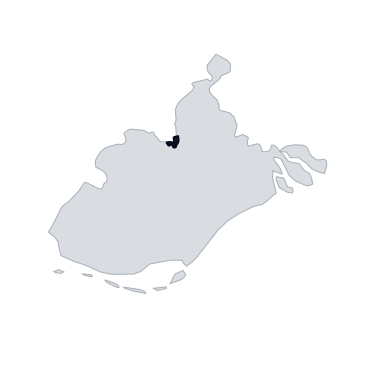 Berg en Dal, Gelderland, Netherlands shown in context, rotated 207°
{"feature_id": "6326949B49757096528968", "entity_name": "Berg en Dal", "entity_type": "district", "adm_level": 2, "iso_a3": "NLD", "parent_name": "Netherlands", "parent_adm1": "Gelderland", "projection": "mercator", "projection_center": [5.939, 51.811], "detail": "fine", "context": "in_parent", "style": "filled", "palette": "ink", "viewbox_px": 384, "rotation_deg": 207, "n_neighbors": 0, "source": "geoboundaries", "source_scale": "gbopen_adm2", "svg_char_len": 5296}
<svg xmlns="http://www.w3.org/2000/svg" viewBox="0 0 384 384"><g transform="rotate(207 192 192)"><path d="M233.1,325.7L227.3,325.6L221.9,325.4L219.0,324.9L215.9,323.6L214.5,320.7L212.9,317.3L213.3,315.3L218.4,309.3L219.2,307.7L218.6,306.8L219.1,304.2L223.0,295.4L223.6,291.8L221.8,289.3L219.3,287.8L211.1,285.2L207.2,281.5L205.4,278.2L203.6,277.3L200.9,278.4L194.1,279.6L188.6,277.8L182.1,271.7L180.6,266.2L179.8,261.9L178.2,260.5L176.0,262.7L173.2,266.1L167.7,266.5L166.2,265.7L165.9,263.8L165.6,262.0L164.1,259.7L162.5,258.5L155.5,264.8L153.0,264.8L149.7,262.4L148.1,260.0L144.5,261.3L141.3,264.3L142.4,269.8L140.7,270.8L136.7,270.3L132.3,268.0L127.3,266.7L119.8,262.9L109.2,265.9L101.9,262.2L95.8,261.9L92.0,258.9L88.0,253.9L90.9,250.6L93.6,249.5L104.8,248.8L112.9,250.9L127.4,261.7L131.1,261.6L135.0,260.3L133.0,257.3L129.4,255.9L124.0,253.0L119.7,248.9L129.8,247.5L128.4,245.4L127.1,241.8L116.4,229.1L118.2,225.7L120.9,218.3L124.2,212.2L126.9,210.5L131.3,206.1L140.8,193.3L146.9,182.9L151.4,170.4L158.1,135.9L160.0,130.0L163.2,123.5L167.2,124.7L170.0,126.6L179.9,121.7L196.8,108.8L201.8,97.6L206.7,92.4L226.2,82.2L237.0,79.2L253.5,78.4L265.5,76.6L279.9,75.9L285.4,82.2L288.6,86.8L293.7,89.4L301.7,91.1L301.2,100.2L301.3,118.0L300.7,121.1L297.1,128.6L293.3,142.1L292.3,150.8L291.2,152.5L276.1,152.5L273.9,154.0L273.6,155.9L274.4,158.1L274.0,160.4L272.8,162.2L273.5,165.1L276.1,168.4L280.9,170.4L286.0,170.6L288.6,170.3L290.5,172.6L292.4,176.2L292.3,180.8L291.5,186.9L289.1,192.5L282.2,199.0L279.0,201.3L276.1,202.5L274.7,204.2L274.1,206.3L274.2,208.3L279.2,213.4L279.0,214.6L277.6,217.3L275.7,219.9L262.9,225.1L257.6,224.7L254.6,227.3L253.7,227.8L250.3,225.4L242.9,222.6L240.1,223.6L238.5,225.1L233.8,227.0L230.5,229.8L230.5,233.6L236.4,243.1L238.5,245.0L238.6,248.6L241.5,253.1L244.4,258.7L244.7,262.2L244.4,265.8L242.9,270.9L237.7,282.8L237.7,285.1L238.1,286.9L239.9,287.3L241.2,288.2L240.8,289.8L231.2,298.1L229.9,299.5L225.9,299.1L225.3,300.5L225.8,302.7L227.4,304.6L230.8,305.6L233.8,307.7L236.2,311.8L233.1,325.7ZM132.3,268.0L131.4,271.5L129.2,275.3L121.7,280.8L113.8,284.3L109.7,283.9L106.9,282.0L105.5,280.0L101.2,278.1L95.5,277.2L91.8,279.2L89.3,281.2L87.0,280.9L85.3,279.2L84.0,276.7L82.3,268.8L86.6,267.4L96.0,266.9L103.2,269.6L112.7,271.0L120.0,267.2L125.7,270.4L132.3,268.0ZM116.5,235.7L122.0,240.7L123.2,242.3L123.7,244.0L116.6,246.0L109.1,239.8L104.1,241.3L102.2,238.4L102.2,236.6L107.4,235.0L116.5,235.7ZM169.9,111.2L164.3,118.0L160.8,116.1L159.8,114.5L161.6,109.3L169.9,100.5L169.9,111.2ZM195.0,81.2L189.7,82.0L187.2,80.7L200.1,76.9L208.2,75.7L209.6,76.2L195.0,81.2ZM229.4,74.2L218.1,75.8L214.3,74.6L213.7,73.5L216.8,72.8L226.4,72.7L229.3,73.7L229.4,74.2ZM182.6,88.7L172.0,95.7L171.1,94.5L177.9,88.5L182.6,88.7ZM275.3,62.4L270.0,62.7L271.5,60.2L276.4,58.3L279.1,58.3L275.3,62.4ZM252.4,69.3L244.4,72.5L242.5,71.8L243.0,70.9L250.0,68.9L252.4,69.3Z" fill="#d9dde1" stroke="#a8b0b8" stroke-width="1"/><path d="M227.0,231.7L227.6,232.5L228.0,233.2L228.1,233.4L228.3,233.6L228.5,233.9L228.5,234.2L228.6,234.5L229.6,234.9L229.5,235.0L229.4,235.1L229.5,235.2L229.5,235.3L229.7,235.5L229.8,235.5L230.0,235.4L230.0,235.5L230.2,235.4L230.3,235.4L230.6,235.2L230.7,234.9L230.9,234.5L231.0,234.6L231.9,233.8L232.0,233.9L232.9,233.2L233.0,232.9L232.9,232.9L232.7,232.6L232.4,232.5L232.5,232.4L232.5,232.2L232.6,231.9L232.8,231.7L232.7,231.7L232.4,231.5L232.3,231.4L232.2,231.4L232.0,231.5L232.0,231.4L231.9,231.1L232.0,231.1L231.9,231.0L232.0,230.8L232.1,230.6L232.2,230.3L232.1,230.2L231.9,230.1L231.8,229.9L231.7,229.9L231.6,229.7L231.4,229.6L231.3,229.4L231.1,229.3L231.0,229.2L230.9,229.2L230.6,229.1L230.4,229.0L230.5,229.0L230.5,228.9L230.4,228.8L230.4,228.7L230.5,228.6L230.8,228.6L231.0,228.5L230.3,227.9L230.4,227.7L231.3,226.7L231.4,226.8L231.5,226.9L231.8,227.0L232.0,227.0L232.4,227.1L232.5,227.2L232.7,227.3L233.0,227.2L233.3,227.2L233.5,227.1L233.8,226.9L234.0,226.8L234.2,226.7L234.3,226.6L234.4,226.4L234.5,226.2L234.9,226.0L235.1,225.9L235.2,226.0L235.3,226.2L235.5,226.1L235.8,225.7L236.1,225.6L236.3,225.4L236.6,225.3L236.6,225.2L236.4,225.0L236.3,224.9L236.5,224.8L236.8,224.8L236.9,224.4L237.0,224.0L236.7,223.8L236.5,223.7L236.4,223.7L236.0,223.5L235.7,223.5L235.4,223.4L235.3,223.2L235.2,223.2L234.8,222.9L234.7,222.8L234.6,222.7L234.4,222.6L234.2,222.6L233.9,222.6L233.7,222.6L233.4,222.8L233.1,223.0L232.9,223.3L232.8,223.5L232.6,223.8L232.5,224.0L232.4,224.3L232.4,224.5L232.2,224.7L232.1,224.8L231.8,225.0L231.7,225.0L231.3,225.0L231.1,225.0L231.0,224.9L230.9,224.9L230.7,224.7L230.3,224.1L230.1,223.8L229.8,223.5L229.7,223.4L229.1,223.2L228.9,223.2L228.5,223.2L228.3,223.3L228.2,223.3L227.9,223.4L227.7,223.5L227.4,223.6L227.2,223.8L227.0,224.0L226.8,224.4L226.7,224.5L226.9,224.7L227.0,224.6L227.0,224.8L227.0,225.1L226.9,225.2L226.9,225.3L226.8,225.5L226.9,225.4L226.9,225.5L227.0,225.5L226.9,225.6L226.8,225.8L226.7,225.8L226.7,226.0L226.8,226.0L227.0,226.1L227.2,226.3L227.4,226.3L227.3,226.5L227.5,226.6L227.6,226.8L227.5,227.0L227.8,227.2L228.0,227.2L228.1,227.3L228.1,227.5L227.9,227.6L227.7,227.7L227.7,227.8L227.4,227.9L227.1,228.0L226.8,228.1L226.7,228.1L226.6,228.3L226.7,228.5L226.8,228.8L226.9,229.0L226.7,229.2L226.6,230.0L226.9,230.4L227.0,230.5L227.0,231.4L227.0,231.5L227.0,231.7Z" fill="#0f172a" stroke="#020617" stroke-width="1.5"/></g></svg>